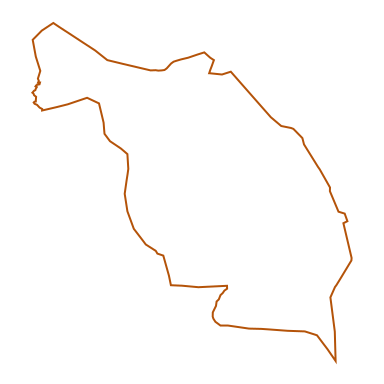 outline of Oji-River, Enugu, Nigeria
{"feature_id": "59680162B15532351721986", "entity_name": "Oji-River", "entity_type": "district", "adm_level": 2, "iso_a3": "NGA", "parent_name": "Nigeria", "parent_adm1": "Enugu", "projection": "mercator", "projection_center": [7.259, 6.159], "detail": "fine", "context": "isolated", "style": "outline", "palette": "amber", "viewbox_px": 384, "rotation_deg": 0, "n_neighbors": 0, "source": "geoboundaries", "source_scale": "gbopen_adm2", "svg_char_len": 1731}
<svg xmlns="http://www.w3.org/2000/svg" viewBox="0 0 384 384"><path d="M204.3,52.4L197.3,54.6L188.2,57.7L181.1,59.4L180.4,59.6L176.0,60.9L173.6,61.7L171.1,63.5L166.7,68.4L164.5,70.0L161.7,70.4L158.3,70.6L158.2,70.6L155.7,70.2L150.6,70.4L123.4,64.0L107.3,60.1L95.2,50.5L83.4,42.8L72.3,35.5L59.4,27.1L53.3,23.0L41.8,30.6L36.0,36.5L32.7,39.8L35.8,56.6L40.3,70.9L37.9,78.7L38.8,80.8L38.8,81.0L38.1,82.5L40.0,82.5L39.5,84.3L37.1,84.8L36.1,85.5L35.5,86.4L36.8,87.1L35.8,88.7L35.3,90.2L34.1,90.7L32.4,92.7L33.5,93.6L34.1,95.2L36.1,96.8L35.9,99.5L35.8,101.5L34.5,101.7L33.7,102.5L34.6,103.8L37.0,104.8L39.6,107.6L42.2,109.0L42.1,110.5L55.0,107.5L57.1,107.0L67.8,104.3L83.5,99.0L87.1,97.8L99.0,103.4L103.0,120.1L103.6,122.7L104.1,129.2L104.5,133.8L110.0,141.2L121.0,148.6L127.4,154.1L128.3,168.9L127.6,174.0L126.6,180.4L124.7,193.8L127.4,211.3L133.8,228.8L142.1,239.6L145.8,244.5L155.8,250.9L157.4,253.6L163.3,255.6L168.8,275.2L168.9,275.5L170.9,285.2L172.6,285.3L182.0,285.7L198.4,287.2L227.0,285.8L227.1,288.7L224.4,290.6L222.7,293.1L220.5,295.1L218.8,299.4L216.6,301.5L216.0,305.9L214.3,309.3L212.8,312.4L212.7,316.6L213.4,318.7L215.4,321.8L218.0,323.7L220.4,325.5L227.7,325.5L249.0,328.6L261.4,328.9L268.8,329.4L287.6,330.8L304.8,331.4L314.6,334.5L317.0,335.3L323.7,344.2L327.5,349.2L335.6,361.0L334.8,331.6L330.4,297.4L335.0,287.0L336.3,285.3L340.5,278.5L349.2,264.1L351.4,260.5L351.6,258.0L343.4,223.2L347.4,221.2L344.7,213.6L338.5,211.7L329.9,191.2L330.0,187.5L319.7,169.3L318.0,166.9L304.0,144.4L302.4,138.1L293.4,128.9L291.1,128.0L281.2,126.0L270.8,117.2L242.3,84.8L230.8,71.7L222.0,74.5L209.3,73.2L209.2,73.2L210.4,69.6L211.6,66.5L213.9,60.1L212.0,58.9L210.2,57.7L204.3,52.4Z" fill="none" stroke="#b45309" stroke-width="2"/></svg>